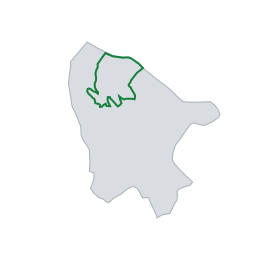 Bururi on a map of Burundi (Albers equal-area conic projection), rotated 129°
{"feature_id": "BDI-2637", "entity_name": "Bururi", "entity_type": "Province", "adm_level": 1, "iso_a3": "BDI", "parent_name": "Burundi", "parent_adm1": "", "projection": "albers", "projection_center": [29.663, -3.868], "detail": "fine", "context": "in_parent", "style": "outline", "palette": "green", "viewbox_px": 256, "rotation_deg": 129, "n_neighbors": 0, "source": "natural_earth", "source_scale": "10m", "svg_char_len": 2017}
<svg xmlns="http://www.w3.org/2000/svg" viewBox="0 0 256 256"><g transform="rotate(129 128 128)"><path d="M179.7,48.7L178.1,50.8L170.7,65.9L169.2,68.1L170.0,69.5L173.2,72.4L171.3,77.1L170.6,78.4L169.2,82.8L170.0,86.9L171.7,88.4L176.5,90.4L183.7,91.8L192.2,95.2L197.9,95.8L199.2,98.3L198.9,102.6L200.3,106.4L200.3,113.2L198.6,119.2L189.9,122.0L185.4,125.0L184.2,126.6L185.3,128.4L185.9,130.8L177.7,136.7L169.2,144.5L167.2,149.7L165.5,155.9L163.0,159.9L156.6,165.6L150.1,177.0L146.8,184.5L130.8,202.4L116.5,211.3L112.3,214.4L87.0,213.8L85.1,201.8L81.2,185.3L72.5,170.4L71.6,164.2L72.0,152.2L72.0,135.3L71.5,126.3L71.6,119.7L72.7,108.2L72.6,101.3L66.9,93.4L59.7,85.0L55.9,80.9L55.7,77.5L55.7,74.5L56.8,70.0L59.6,65.0L62.7,64.4L70.4,66.4L78.4,70.6L82.7,80.2L85.9,81.6L91.9,81.5L107.0,80.3L110.7,80.4L117.6,78.2L124.4,74.1L126.4,70.0L128.0,60.6L129.4,43.8L132.9,43.6L142.5,49.6L144.5,50.0L146.5,49.8L149.8,46.8L153.9,44.4L156.9,44.4L168.0,41.6L173.9,46.7L177.7,48.3L179.7,48.7Z" fill="#d9dde1" stroke="#a8b0b8" stroke-width="1"/><path d="M84.1,192.8L81.9,185.1L76.9,176.7L73.9,173.4L72.6,171.7L71.9,169.5L71.2,160.0L72.0,154.2L74.0,154.5L79.5,155.8L89.1,155.6L90.8,155.0L92.6,154.8L93.8,154.8L94.7,153.9L94.8,152.9L94.7,151.9L95.0,151.0L95.5,150.1L97.4,144.8L98.5,142.7L100.0,141.8L101.5,141.0L102.9,143.4L106.3,147.8L108.4,149.1L108.9,151.3L108.9,154.7L111.1,151.9L111.4,150.8L112.2,149.7L113.0,148.6L115.3,148.8L117.5,149.4L117.6,151.2L117.1,153.0L116.2,159.0L116.3,160.0L115.9,160.8L115.4,161.6L116.7,163.1L118.9,161.7L120.5,159.7L121.6,156.8L122.3,155.6L124.4,158.6L123.2,160.6L125.8,161.6L128.0,161.7L129.2,163.1L127.6,164.5L127.7,166.0L128.6,167.3L129.2,169.1L126.5,172.4L126.9,174.4L126.4,176.2L126.2,180.0L125.5,182.4L124.4,183.2L123.0,183.9L121.9,183.3L121.3,181.3L121.3,178.2L120.3,175.6L120.4,174.1L120.3,173.0L119.2,173.6L118.9,175.4L117.4,179.2L114.4,181.9L111.4,182.7L108.9,184.5L106.1,187.6L102.2,189.4L100.1,189.6L97.4,191.9L85.1,192.7L84.1,192.8Z" fill="none" stroke="#15803d" stroke-width="2"/></g></svg>